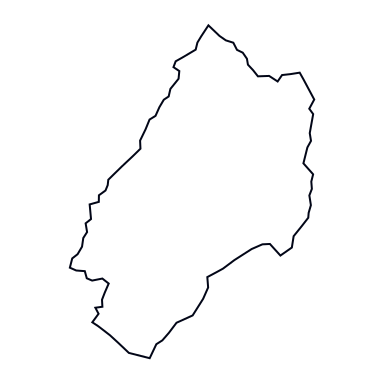 outline of Ampelikou, Nicosia, Cyprus, rotated 181°
{"feature_id": "46923920B7308228974018", "entity_name": "Ampelikou", "entity_type": "district", "adm_level": 2, "iso_a3": "CYP", "parent_name": "Cyprus", "parent_adm1": "Nicosia", "projection": "natural_earth1", "projection_center": [32.803, 35.103], "detail": "fine", "context": "isolated", "style": "outline", "palette": "ink", "viewbox_px": 384, "rotation_deg": 181, "n_neighbors": 0, "source": "geoboundaries", "source_scale": "gbopen_adm2", "svg_char_len": 1326}
<svg xmlns="http://www.w3.org/2000/svg" viewBox="0 0 384 384"><g transform="rotate(181 192 192)"><path d="M81.6,159.9L75.3,168.3L75.0,173.2L72.9,180.9L74.6,190.6L72.2,197.2L72.9,204.5L71.2,211.8L81.1,222.6L77.4,238.6L73.9,245.2L75.3,252.9L72.2,272.0L76.2,277.3L71.4,286.6L82.6,306.7L86.4,313.2L95.5,311.6L104.0,310.5L108.3,304.0L116.9,309.4L128.1,308.8L133.0,314.8L138.3,320.3L139.4,326.2L143.7,332.2L149.5,334.9L153.3,342.0L160.8,344.2L167.2,348.5L178.5,358.9L185.4,348.0L189.2,341.5L190.8,334.4L204.1,326.2L210.6,322.4L212.7,316.5L206.8,312.7L207.4,305.0L215.4,294.7L217.0,287.1L221.8,283.8L226.1,276.2L229.8,267.5L235.7,263.7L239.5,253.9L244.8,242.5L244.3,234.4L251.8,226.8L262.5,216.4L270.5,208.3L275.9,202.8L276.4,197.4L278.5,192.0L285.0,187.1L285.0,180.5L294.1,177.8L292.5,163.2L297.8,158.8L296.2,150.1L299.9,144.1L301.0,135.4L305.3,127.8L310.6,123.5L312.8,114.2L306.4,111.5L297.8,111.0L295.7,103.9L290.3,101.7L280.1,103.9L273.7,99.0L277.5,89.8L280.1,82.7L279.6,75.7L286.6,74.6L283.3,68.6L289.4,60.0L283.3,56.1L271.6,47.4L263.0,39.8L252.3,30.0L231.4,25.1L225.0,39.2L219.1,43.1L212.7,50.7L205.2,61.0L189.2,68.6L179.0,85.4L174.2,96.8L175.2,107.2L166.0,112.3L159.7,115.9L148.5,124.6L131.4,136.0L120.7,140.9L113.2,141.4L102.5,130.0L91.2,138.2L89.6,149.6L81.6,159.9Z" fill="none" stroke="#020617" stroke-width="2"/></g></svg>